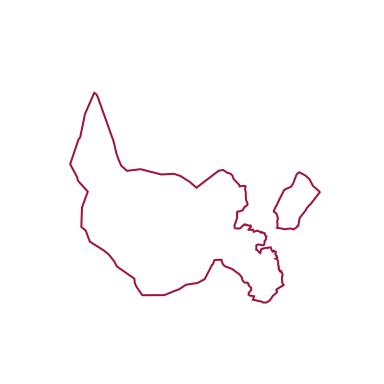 outline of Oyo West, Oyo, Nigeria, rotated 334°
{"feature_id": "59680162B62394297156991", "entity_name": "Oyo West", "entity_type": "district", "adm_level": 2, "iso_a3": "NGA", "parent_name": "Nigeria", "parent_adm1": "Oyo", "projection": "orthographic", "projection_center": [3.921, 7.958], "detail": "fine", "context": "isolated", "style": "outline", "palette": "rose", "viewbox_px": 384, "rotation_deg": 334, "n_neighbors": 0, "source": "geoboundaries", "source_scale": "gbopen_adm2", "svg_char_len": 5894}
<svg xmlns="http://www.w3.org/2000/svg" viewBox="0 0 384 384"><g transform="rotate(334 192 192)"><path d="M102.1,263.0L122.0,272.6L132.3,273.2L132.6,273.2L137.6,273.8L145.1,272.8L146.2,272.8L157.0,276.2L165.2,275.9L177.9,266.4L179.5,265.8L182.1,263.1L185.2,264.1L188.8,265.9L188.4,267.2L188.4,268.1L188.2,268.8L188.2,269.5L188.2,270.8L188.5,271.9L189.3,273.5L190.2,274.5L191.5,275.7L194.4,278.9L198.5,286.8L199.4,290.5L199.2,291.0L199.1,291.5L198.9,292.1L198.8,292.8L198.7,293.6L198.9,294.7L199.2,295.2L199.2,295.5L199.6,296.6L200.4,297.0L201.0,297.2L201.4,297.3L201.6,297.3L201.8,297.5L202.0,297.9L202.3,298.1L202.4,298.4L202.4,299.3L202.5,299.9L202.0,300.1L202.1,300.8L202.2,301.6L202.9,303.2L203.2,303.8L202.8,304.9L202.6,305.5L202.4,305.9L202.1,306.1L201.2,306.4L198.7,307.7L197.8,309.1L198.0,309.5L198.9,310.8L199.4,311.1L200.5,311.6L200.9,311.9L201.2,312.4L201.6,312.6L202.1,313.0L201.7,313.4L201.0,314.1L199.5,315.6L202.6,317.8L204.1,319.4L205.5,320.0L207.1,321.8L207.3,322.4L210.5,324.0L214.0,323.6L216.9,322.2L218.7,321.0L220.8,320.3L222.8,320.0L224.1,319.4L224.6,319.0L224.9,318.8L224.9,318.3L224.8,317.0L226.3,316.4L226.6,316.5L227.1,316.5L228.0,316.3L228.6,316.3L229.7,316.1L230.8,316.1L232.1,315.9L232.5,315.9L233.6,315.8L233.5,314.9L233.5,313.9L233.4,312.7L234.0,311.5L234.5,310.2L235.0,308.8L235.8,307.7L236.8,306.5L237.1,306.3L237.3,305.8L237.5,302.8L237.5,302.3L236.6,302.3L236.6,302.2L236.6,301.7L236.2,301.6L236.3,300.6L236.2,300.3L236.4,300.1L236.7,299.3L236.3,299.1L236.3,298.9L236.3,298.6L236.5,298.3L237.4,297.0L237.4,296.7L237.3,295.7L238.1,294.0L238.4,293.4L238.5,293.1L239.0,292.3L239.2,291.6L239.2,291.2L239.1,290.7L238.6,289.1L238.5,288.9L238.2,288.8L238.0,288.6L239.3,288.6L239.7,288.6L239.8,288.5L239.9,288.4L239.7,288.1L239.6,287.8L239.7,287.0L240.2,286.8L240.2,286.7L239.6,285.4L239.6,285.0L239.7,284.4L239.7,284.2L240.1,283.9L240.5,283.6L240.9,283.2L241.0,283.0L240.9,282.8L241.1,282.4L240.5,281.8L239.6,280.6L238.5,281.2L238.4,281.1L238.3,280.6L238.3,280.0L238.1,279.0L238.3,277.8L238.5,276.8L238.5,276.4L238.3,276.4L237.9,276.1L237.1,275.6L236.5,275.5L235.9,275.6L235.0,275.2L234.7,274.9L233.7,274.6L232.9,274.4L231.8,274.1L231.3,274.0L230.8,274.1L230.6,274.1L230.1,273.8L229.5,273.5L227.0,276.3L226.4,276.8L226.2,276.4L225.7,274.3L225.5,273.6L225.3,273.2L224.6,272.3L224.4,272.0L224.4,271.8L224.7,271.7L226.1,268.9L226.2,268.6L226.2,268.4L227.0,268.0L228.2,268.1L229.6,268.8L229.9,269.0L230.6,269.7L231.5,270.5L232.4,270.8L232.9,270.9L233.0,271.1L233.4,271.1L233.7,271.0L234.6,270.0L235.3,268.6L235.7,267.9L236.1,267.8L237.5,267.2L238.3,265.8L239.0,265.1L239.3,264.7L239.1,264.6L239.0,264.3L239.0,263.5L238.8,263.2L238.8,262.9L239.0,262.7L238.9,262.3L239.2,261.3L239.1,260.7L238.6,260.2L238.4,260.0L238.0,259.8L237.5,259.5L237.4,259.4L237.5,259.0L237.3,258.8L237.2,258.9L237.1,259.0L236.8,259.0L236.8,258.9L236.5,258.6L236.0,258.4L235.9,257.9L235.6,257.7L235.5,257.4L235.3,257.2L235.1,256.9L234.8,256.6L234.6,256.2L234.0,255.7L233.6,255.3L233.1,255.3L231.9,255.0L231.5,255.0L231.2,255.0L230.9,254.9L230.7,254.9L230.0,254.9L230.0,254.7L230.3,253.4L230.3,252.9L230.3,252.5L229.1,252.0L228.8,252.0L228.4,251.7L228.1,251.8L227.3,251.2L226.6,251.0L226.3,250.7L227.1,250.2L227.8,250.0L228.7,249.3L229.9,248.9L230.0,248.1L229.9,247.9L229.7,248.0L229.6,247.9L229.4,247.7L228.5,247.1L228.2,247.0L227.9,246.8L227.5,246.4L226.7,245.4L226.2,245.1L226.0,244.8L225.9,244.7L225.8,244.8L225.7,244.9L225.6,245.0L225.5,244.9L225.4,244.7L225.3,244.8L225.2,244.7L224.9,244.6L224.5,244.2L224.2,244.1L223.7,244.4L223.4,244.5L223.0,244.7L222.4,244.8L222.2,244.8L221.5,245.0L221.2,245.2L220.8,245.4L219.5,245.6L219.1,245.7L218.8,245.6L218.3,245.4L218.1,245.3L217.8,245.3L217.4,245.1L216.4,244.3L215.5,243.9L215.1,243.6L214.8,243.2L214.7,243.0L215.1,241.5L215.5,240.7L216.5,239.6L217.5,238.9L217.9,238.6L218.0,238.3L218.9,237.5L219.5,236.7L220.8,235.5L221.1,235.2L221.5,234.6L221.7,234.0L221.9,233.7L222.0,233.3L222.0,232.7L222.5,232.2L222.9,231.7L223.2,231.1L223.2,230.6L223.5,230.1L223.8,229.8L224.6,229.5L225.1,229.9L225.5,230.1L227.8,230.4L228.4,230.4L229.4,230.7L229.8,230.5L230.4,230.1L231.1,229.4L231.5,229.2L231.9,229.1L232.2,228.9L232.7,228.3L233.2,228.4L233.6,228.5L234.1,228.5L234.7,228.3L235.1,228.1L235.9,228.0L236.4,227.7L236.5,227.1L236.6,226.9L237.0,225.9L237.0,224.0L237.2,222.6L237.4,222.2L237.4,221.9L238.0,220.8L238.7,219.2L239.2,217.7L239.8,216.8L240.3,215.6L240.5,214.1L240.9,212.8L241.5,211.8L242.5,210.8L242.5,210.1L241.6,209.4L241.1,209.1L239.8,208.7L239.1,208.4L237.2,207.8L237.6,206.3L235.1,198.7L235.5,194.7L234.5,192.3L232.2,190.2L229.6,185.8L225.1,184.6L197.9,190.1L194.1,181.2L193.8,180.9L188.6,172.5L183.7,167.7L172.1,162.8L155.7,148.9L142.9,144.5L139.9,137.4L140.3,130.0L140.9,124.3L143.7,112.3L148.8,66.5L149.0,63.2L148.7,62.1L147.6,60.0L129.9,75.1L115.6,93.7L113.0,95.0L94.7,113.6L95.3,128.5L94.5,131.2L94.5,132.0L98.5,146.0L86.4,157.6L77.2,174.9L77.2,175.1L79.6,179.9L78.4,191.8L86.9,205.5L89.7,211.5L91.7,220.0L91.8,225.9L102.2,244.6L100.6,249.0L100.5,252.4L102.1,263.0ZM252.7,261.5L256.0,263.7L258.7,265.9L260.2,266.7L261.5,266.8L262.6,267.2L263.6,267.7L264.8,268.2L265.9,269.0L266.1,269.3L266.3,269.4L266.7,269.7L267.0,270.2L267.8,270.1L268.3,269.9L268.8,269.9L269.5,269.9L269.9,269.8L270.5,269.7L270.9,269.2L271.2,269.0L271.9,269.0L272.2,268.8L272.5,268.8L272.8,268.9L277.4,262.5L286.2,258.3L288.2,256.8L291.7,255.2L292.7,255.2L306.7,248.2L306.8,247.4L303.4,239.5L303.2,231.9L301.1,226.8L297.2,221.3L293.9,221.9L286.3,229.0L283.0,230.7L279.0,230.5L275.5,230.6L274.2,231.8L272.6,233.0L266.6,237.5L264.7,239.1L260.7,242.1L259.6,242.9L257.0,245.0L257.0,245.7L257.4,246.5L257.9,247.0L258.2,247.6L258.4,249.2L258.2,250.3L258.1,251.1L257.8,251.9L257.7,252.7L257.9,253.1L257.5,253.5L256.8,254.6L256.1,255.1L255.6,256.1L255.0,257.7L253.9,260.1L253.4,260.9L253.1,261.2L252.9,261.3L252.7,261.5Z" fill="none" stroke="#9f1239" stroke-width="2"/></g></svg>